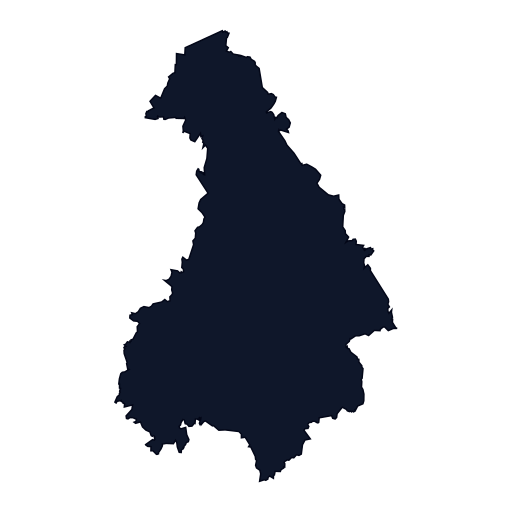 the district of Lagos de Moreno, Jalisco, Mexico
{"feature_id": "50627088B99868081318499", "entity_name": "Lagos de Moreno", "entity_type": "district", "adm_level": 2, "iso_a3": "MEX", "parent_name": "Mexico", "parent_adm1": "Jalisco", "projection": "equal_earth", "projection_center": [-101.918, 21.533], "detail": "fine", "context": "isolated", "style": "filled", "palette": "ink", "viewbox_px": 512, "rotation_deg": 0, "n_neighbors": 0, "source": "geoboundaries", "source_scale": "gbopen_adm2", "svg_char_len": 6082}
<svg xmlns="http://www.w3.org/2000/svg" viewBox="0 0 512 512"><path d="M145.3,117.7L155.1,119.4L158.0,118.5L157.4,116.5L157.8,116.0L158.6,117.0L163.5,116.9L163.9,119.3L165.3,119.4L168.5,118.0L175.6,117.4L176.1,118.3L183.8,118.5L184.6,117.3L185.7,120.1L182.9,126.2L183.3,130.8L182.8,132.9L184.1,131.2L190.2,133.6L189.9,138.0L190.9,140.0L194.8,141.7L200.5,133.3L200.9,136.6L202.7,135.9L201.9,138.4L203.2,140.7L202.7,142.2L203.9,143.3L202.9,147.7L205.4,145.1L207.7,148.3L206.9,158.5L204.2,167.6L204.7,174.8L203.3,174.4L203.2,172.8L201.9,172.9L201.8,171.9L200.4,171.7L200.4,172.3L199.1,171.3L198.8,169.3L198.1,168.8L196.7,171.1L196.2,174.8L208.1,193.2L200.7,199.5L199.1,202.9L198.1,208.8L202.0,212.6L205.0,217.1L203.9,219.0L203.4,222.5L202.1,224.6L199.4,226.9L197.6,227.3L195.0,230.8L195.7,233.0L195.3,238.2L192.9,240.9L193.6,244.6L188.8,259.3L186.5,260.1L182.8,257.2L181.9,259.1L182.3,262.2L181.8,267.6L183.2,268.7L183.7,271.7L182.0,272.5L181.2,271.8L180.9,272.8L179.7,272.9L177.6,270.9L171.0,269.7L172.0,272.2L171.1,276.3L168.9,279.4L166.1,280.6L164.4,280.3L172.0,286.6L171.7,289.9L172.6,293.0L172.1,294.5L169.9,296.8L170.1,300.8L167.2,301.6L164.8,299.5L161.7,302.0L153.1,303.9L151.5,306.2L149.1,307.6L143.9,306.6L140.4,308.3L138.3,311.7L135.4,313.7L131.7,312.8L132.4,314.6L130.0,315.2L129.8,318.0L133.6,320.9L137.6,321.3L139.6,323.6L137.2,326.7L137.5,331.9L136.3,332.8L133.0,339.2L131.0,339.9L131.1,341.0L129.9,341.0L130.0,342.4L127.4,341.8L125.7,344.2L124.3,344.8L126.0,346.4L124.5,346.8L123.9,347.8L124.9,348.7L124.0,350.4L124.2,353.7L127.2,362.5L126.6,363.5L127.7,369.0L128.9,369.4L124.9,371.9L122.3,372.3L120.8,373.7L119.4,378.8L118.8,384.0L119.5,384.1L119.5,388.1L120.6,388.4L119.6,391.2L120.2,392.2L119.4,393.3L119.4,394.9L117.3,396.6L114.9,402.1L116.1,403.0L117.1,401.3L121.2,400.5L121.1,401.3L122.8,402.2L123.0,403.1L124.6,403.7L124.3,407.0L132.6,404.9L131.9,409.5L126.1,415.9L126.5,418.5L128.0,418.9L129.9,417.6L133.0,417.7L136.5,419.3L135.9,421.5L134.1,422.2L135.6,423.3L140.5,421.9L142.5,426.9L145.9,430.1L149.9,431.9L151.2,435.6L152.4,436.3L153.8,435.7L154.8,437.0L154.3,437.7L154.9,439.3L154.3,440.2L152.6,439.6L145.6,444.6L145.9,445.1L147.8,446.4L151.0,446.6L150.9,450.8L153.0,450.8L156.4,454.3L157.3,454.3L158.5,453.8L158.5,452.6L161.0,448.9L162.4,445.8L162.3,444.1L166.1,443.4L173.4,443.7L175.5,440.2L176.8,442.7L177.3,446.9L179.2,452.3L181.2,452.5L181.5,449.6L183.1,448.9L183.8,447.6L183.2,447.3L185.5,444.6L186.3,442.5L188.3,441.7L188.9,439.6L186.7,434.7L185.7,427.4L181.0,428.8L179.6,428.1L179.1,426.2L180.5,425.0L181.0,422.7L182.9,419.5L184.3,420.0L185.2,423.7L187.2,424.2L188.9,426.4L192.0,426.1L194.3,423.3L195.0,423.5L195.4,419.1L199.5,419.0L199.2,417.0L200.1,418.2L200.9,417.8L200.7,419.5L198.1,419.6L200.2,420.7L199.4,423.3L200.0,424.6L201.4,423.6L201.4,424.4L203.7,421.7L205.4,420.9L212.4,425.9L213.5,425.6L218.8,430.2L225.2,429.9L238.9,431.5L241.4,434.1L241.4,437.8L245.7,437.2L245.3,437.4L249.8,444.8L248.6,446.7L250.8,447.0L255.3,456.4L255.6,459.3L256.6,460.5L255.6,465.3L256.5,467.9L259.8,470.2L260.7,473.8L259.6,481.3L264.2,479.8L265.8,480.3L267.9,479.0L267.9,477.6L269.6,476.0L273.4,478.3L273.5,475.3L274.4,475.0L275.1,471.3L280.3,471.5L281.0,469.7L283.7,468.0L283.7,467.0L284.7,467.1L284.8,463.7L284.0,462.4L284.8,461.4L287.3,459.9L288.9,460.2L291.6,457.5L293.8,457.8L296.5,454.8L298.9,455.4L301.3,454.1L302.5,444.7L305.0,440.0L310.3,438.9L303.9,430.2L305.0,428.7L308.0,428.4L308.8,426.4L307.8,424.9L307.9,423.9L309.3,422.5L311.4,422.3L312.7,421.2L315.9,421.5L316.1,422.3L317.9,422.9L318.7,422.4L319.2,417.8L331.6,415.6L332.7,418.3L335.1,419.0L336.6,417.5L337.1,413.7L342.3,407.2L346.4,409.4L347.3,410.8L349.4,411.6L350.2,411.0L351.5,411.9L352.3,411.1L353.6,411.9L355.2,410.9L354.9,410.0L355.6,410.0L357.7,406.0L362.9,403.8L363.8,400.8L363.9,394.1L362.9,389.5L361.5,387.1L361.8,381.7L361.2,379.3L362.1,378.3L363.0,368.6L361.9,367.3L361.8,365.7L358.9,362.1L358.8,359.3L357.4,359.0L357.0,357.0L350.8,352.2L349.0,348.7L347.6,348.5L347.2,346.6L346.6,347.6L345.9,347.1L346.0,344.3L349.3,341.3L350.0,338.7L350.8,339.0L355.6,335.8L359.1,335.8L365.1,333.8L368.6,335.5L374.3,330.4L380.0,330.7L380.3,329.4L383.0,327.1L384.6,326.9L388.3,330.6L393.2,328.5L397.1,328.4L395.7,327.7L392.4,322.3L392.6,319.3L391.5,319.1L392.5,317.4L391.4,312.2L391.7,309.9L388.9,313.3L387.9,311.3L387.8,308.4L389.4,306.9L387.8,304.2L388.6,301.8L388.3,299.1L370.4,270.7L370.4,268.3L367.8,264.8L364.1,268.3L364.6,266.0L363.7,262.8L364.0,258.8L366.2,256.4L369.0,256.4L369.1,254.7L370.8,255.0L373.7,250.9L372.6,249.9L372.7,248.7L371.1,249.1L370.5,247.6L366.9,248.7L364.7,250.5L363.9,249.6L364.8,248.5L362.8,248.1L362.4,247.3L363.6,245.4L356.0,244.5L356.3,241.2L355.3,239.1L353.1,239.3L352.3,240.6L348.2,240.9L345.9,242.4L348.6,237.1L345.4,233.6L345.2,230.6L342.7,226.9L343.3,215.4L344.8,211.5L344.7,209.5L343.8,209.3L343.6,207.1L344.7,207.6L344.6,205.0L342.1,203.7L338.9,199.2L338.7,195.0L333.6,196.2L328.3,194.8L319.2,187.3L316.9,183.2L319.5,179.4L320.7,175.2L315.5,169.2L311.8,166.9L306.7,164.2L302.1,165.4L301.9,163.5L300.8,163.7L294.0,153.2L286.9,145.1L284.9,140.8L278.4,131.3L278.9,129.6L279.8,130.6L280.5,130.0L288.5,132.5L288.1,130.8L286.5,129.1L289.1,127.2L290.3,122.9L288.6,119.6L286.1,117.4L285.3,113.8L281.9,112.5L278.1,115.5L276.9,117.8L275.9,117.3L274.8,119.3L273.7,114.6L272.1,112.3L270.7,111.6L266.6,112.9L266.3,111.9L271.0,108.0L273.8,104.0L275.3,101.3L276.4,97.3L275.1,97.1L273.3,94.6L271.4,93.6L268.2,94.2L267.6,92.4L262.3,87.5L259.1,68.4L256.1,66.0L255.0,64.3L255.3,63.0L254.6,61.4L251.2,59.3L250.0,57.1L247.3,56.7L246.5,57.5L240.9,55.5L240.2,56.2L239.7,55.2L238.6,55.8L238.4,55.0L233.2,54.1L230.8,51.5L229.3,52.2L226.4,51.1L228.3,47.7L225.8,45.7L226.5,38.0L227.3,37.4L229.0,33.2L227.4,32.9L226.9,31.7L225.7,32.2L225.1,31.0L222.8,32.2L222.3,30.7L185.2,47.7L184.8,54.9L176.5,53.6L176.4,64.7L175.3,64.6L174.9,72.7L173.0,73.3L168.6,76.9L169.7,78.8L167.8,83.1L167.3,86.1L164.6,88.7L160.7,98.2L155.5,95.4L150.0,101.3L154.0,107.9L148.3,110.8L148.3,111.6L146.8,111.5L145.9,113.6L146.4,116.4L145.3,116.7L145.3,117.7Z" fill="#0f172a" stroke="#020617" stroke-width="1.5"/></svg>